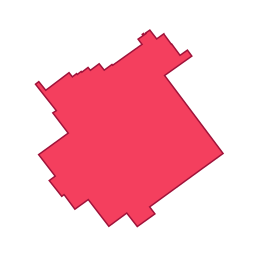 Pehuajó, Buenos Aires, Argentina, rotated 188°
{"feature_id": "61730980B33030242655186", "entity_name": "Pehuajó", "entity_type": "district", "adm_level": 2, "iso_a3": "ARG", "parent_name": "Argentina", "parent_adm1": "Buenos Aires", "projection": "robinson", "projection_center": [-61.837, -35.91], "detail": "fine", "context": "isolated", "style": "filled", "palette": "rose", "viewbox_px": 256, "rotation_deg": 188, "n_neighbors": 0, "source": "geoboundaries", "source_scale": "gbopen_adm2", "svg_char_len": 794}
<svg xmlns="http://www.w3.org/2000/svg" viewBox="0 0 256 256"><g transform="rotate(188 128 128)"><path d="M169.3,40.2L157.4,51.6L133.3,28.0L117.4,43.6L105.1,31.7L89.4,46.7L95.6,52.9L48.8,98.2L30.3,116.0L99.1,185.1L74.8,208.1L80.0,213.4L86.6,207.2L96.4,217.2L96.7,216.9L105.2,225.6L105.6,226.3L112.0,220.2L120.0,228.0L123.7,224.6L123.3,224.1L124.7,222.8L125.7,223.8L126.9,222.7L125.8,221.7L130.4,217.4L127.8,214.8L125.7,212.8L151.9,188.0L152.7,188.7L159.6,182.0L165.5,187.6L173.3,179.9L176.0,182.4L181.5,176.8L182.2,177.5L185.7,173.9L186.5,174.7L190.2,170.9L194.1,174.6L214.7,153.9L222.8,161.5L225.7,158.5L221.7,154.6L201.4,135.2L204.6,132.5L186.5,114.6L212.8,89.2L193.4,70.2L198.7,65.0L184.1,51.1L182.1,53.1L181.1,52.2L169.3,40.2Z" fill="#f43f5e" stroke="#9f1239" stroke-width="1.5"/></g></svg>